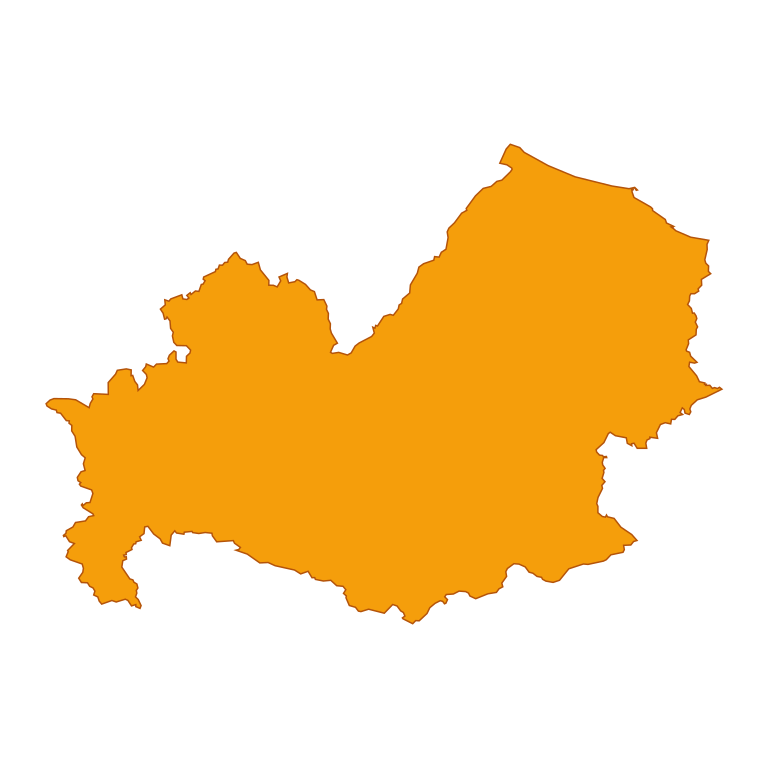 outline of Molise, Campobasso, Italy
{"feature_id": "23120603B60242334488993", "entity_name": "Molise", "entity_type": "district", "adm_level": 2, "iso_a3": "ITA", "parent_name": "Italy", "parent_adm1": "Campobasso", "projection": "robinson", "projection_center": [14.558, 41.717], "detail": "fine", "context": "isolated", "style": "filled", "palette": "amber", "viewbox_px": 768, "rotation_deg": 0, "n_neighbors": 0, "source": "geoboundaries", "source_scale": "gbopen_adm2", "svg_char_len": 6050}
<svg xmlns="http://www.w3.org/2000/svg" viewBox="0 0 768 768"><path d="M66.1,556.8L70.2,559.8L82.2,564.0L83.4,568.3L82.8,572.3L78.7,578.2L81.4,582.5L87.5,582.8L89.7,586.3L93.0,587.9L94.9,591.1L93.7,595.0L97.8,596.9L99.2,601.1L101.7,604.1L111.9,600.5L116.2,602.0L125.3,599.2L127.9,600.4L131.5,605.9L135.8,604.6L135.8,606.6L140.0,608.4L141.1,605.6L138.2,599.5L135.5,596.9L136.8,593.2L136.3,590.4L137.9,588.0L136.9,584.0L133.9,582.2L132.9,579.9L129.8,578.9L121.8,567.1L122.8,560.7L126.5,559.1L126.3,556.8L124.4,556.9L123.6,555.1L126.3,554.6L126.0,552.5L132.0,549.5L131.5,547.7L133.7,544.0L135.7,543.7L136.1,541.8L141.2,540.3L139.6,536.8L144.0,533.6L144.7,526.9L147.9,526.3L153.7,534.0L160.1,538.8L162.5,543.1L169.8,545.7L171.2,535.1L174.8,530.8L176.5,533.0L183.9,534.2L184.3,532.2L192.0,531.4L192.7,532.6L198.8,533.5L205.2,532.5L211.9,533.2L212.4,535.8L216.7,541.8L233.3,540.6L234.5,543.2L240.4,547.4L238.8,549.5L236.0,550.2L247.3,554.1L259.8,562.9L268.1,562.5L275.1,565.7L294.5,570.0L300.7,573.9L308.1,571.3L312.0,577.7L314.7,577.6L315.4,579.4L323.4,581.0L330.8,580.3L336.7,585.7L343.0,586.3L345.8,589.7L343.5,593.4L346.3,595.9L346.0,597.8L349.3,605.5L355.5,607.3L358.4,611.1L360.9,611.6L368.6,609.2L384.3,613.2L392.7,604.5L397.1,606.0L400.7,610.9L403.4,612.5L404.9,616.1L402.4,617.9L403.0,618.8L412.7,623.7L415.7,620.6L419.2,620.8L427.0,613.5L429.8,607.7L435.1,603.3L440.2,600.7L442.7,601.4L444.5,603.8L445.9,603.2L447.5,599.6L444.7,596.8L446.3,594.5L453.4,594.0L459.1,591.1L465.7,591.6L468.5,593.1L469.9,596.0L475.7,598.7L487.9,593.8L496.4,592.4L499.0,588.8L502.8,586.8L501.8,583.1L506.6,576.4L505.8,571.7L507.4,568.5L513.9,563.7L519.0,564.1L525.2,566.9L529.1,572.2L532.9,573.2L537.0,576.4L541.5,577.3L542.6,579.3L545.9,581.1L553.1,582.4L559.5,580.3L568.8,568.8L583.4,564.0L588.0,564.4L603.4,561.1L606.3,559.7L610.9,554.8L623.0,552.3L624.3,549.7L623.6,545.3L630.8,545.0L633.6,541.5L637.0,540.5L631.7,534.5L620.9,527.2L614.1,518.4L607.5,516.8L606.5,515.0L605.4,517.1L602.3,516.5L597.9,512.7L597.9,506.3L596.7,503.7L598.0,497.5L602.5,488.4L601.8,485.4L605.0,481.7L602.1,478.4L603.9,472.5L603.5,470.3L605.1,468.4L602.7,464.9L602.3,462.3L603.7,457.6L606.7,457.6L606.4,456.5L603.3,456.8L602.6,455.5L599.5,455.1L596.7,452.1L596.1,449.7L603.9,442.6L608.3,433.6L610.2,432.2L615.4,435.7L626.3,437.8L627.3,443.3L631.8,445.7L631.5,443.7L634.0,443.2L637.2,448.3L646.7,448.3L645.8,443.1L647.0,440.0L649.9,438.6L649.8,437.2L657.6,438.3L656.4,432.7L660.4,424.5L665.2,422.7L670.7,423.9L671.5,419.3L674.8,419.4L677.9,415.8L682.6,414.5L680.1,412.5L682.3,407.9L684.3,409.5L685.0,413.1L689.3,414.5L690.8,411.8L689.8,409.0L691.3,405.3L697.3,399.8L705.9,397.1L721.9,389.2L719.5,387.3L717.5,388.5L714.5,387.6L712.4,388.4L709.8,385.3L705.8,385.4L706.2,384.3L704.6,384.3L704.9,383.0L699.4,381.7L696.6,375.8L688.9,366.5L689.6,362.2L694.6,363.1L697.0,362.3L690.7,356.2L689.6,352.3L686.6,351.1L686.1,349.8L688.6,343.7L688.3,339.9L696.0,334.9L696.3,329.2L697.6,326.9L695.3,322.1L696.8,318.6L696.0,315.8L694.2,313.0L692.5,313.2L691.3,308.4L687.6,304.5L689.4,300.9L689.7,295.9L690.9,293.7L694.6,293.7L698.7,291.1L698.1,288.9L701.7,285.2L701.4,279.4L710.7,273.7L708.4,271.4L708.6,266.0L705.8,263.2L704.8,259.8L707.2,249.5L707.0,244.4L708.8,240.3L690.7,237.2L675.9,230.8L672.9,228.1L673.6,227.3L672.5,228.0L671.0,226.9L673.5,226.3L666.5,223.0L665.3,219.5L652.6,210.6L652.5,208.7L650.7,207.0L634.0,197.5L632.0,191.8L632.2,189.9L633.9,189.6L631.6,189.7L631.6,188.3L634.7,187.9L636.3,190.3L637.4,190.0L634.7,187.4L629.0,188.7L611.9,186.0L575.0,176.8L548.1,165.6L524.2,152.4L519.8,147.6L510.3,144.3L506.2,149.0L499.8,163.2L506.9,164.8L511.7,168.0L512.1,169.3L510.5,171.7L501.8,180.2L496.8,181.4L491.2,186.4L483.2,188.4L475.5,195.8L466.2,208.5L466.8,210.3L461.6,213.2L454.5,222.8L448.9,228.1L447.2,231.9L448.1,237.6L446.0,249.2L441.3,252.3L439.1,257.1L434.6,256.6L433.8,260.2L423.6,263.7L418.9,267.1L417.3,273.2L410.4,284.9L409.7,293.0L402.6,299.0L401.6,303.4L399.1,305.0L398.3,308.9L393.3,315.3L390.1,314.4L383.8,316.4L377.5,326.0L375.7,325.4L374.9,328.2L372.8,327.2L374.3,333.1L371.6,336.5L359.1,343.0L355.1,346.1L351.2,352.9L347.5,355.0L338.7,352.4L332.3,353.4L330.5,352.3L333.6,345.3L337.4,343.2L331.4,333.1L330.2,328.9L330.4,323.7L328.2,319.1L328.4,313.4L326.5,309.4L326.9,306.1L323.8,299.6L317.1,299.9L314.4,291.6L310.4,289.9L305.5,284.4L298.9,280.3L296.9,279.7L294.9,281.7L288.7,282.9L286.9,277.0L287.4,273.4L279.0,277.0L280.7,280.9L277.2,286.9L273.4,285.3L268.8,285.2L268.9,280.4L260.4,269.9L258.3,262.3L252.0,264.6L247.2,264.2L245.3,260.6L240.3,258.4L236.3,252.4L234.0,253.1L228.5,259.3L227.7,262.2L224.7,262.5L222.5,265.2L219.4,265.1L218.1,268.9L215.9,269.3L215.4,271.6L203.7,277.0L203.2,279.2L205.1,280.7L203.1,284.1L201.3,284.5L198.9,291.4L195.4,291.0L191.0,294.5L190.2,292.7L186.8,295.4L188.9,298.0L186.9,299.5L182.9,298.9L181.8,294.8L170.8,298.9L168.9,301.2L164.8,299.8L165.3,304.9L160.4,309.1L163.1,313.2L164.6,319.2L166.0,318.9L167.0,317.0L170.0,320.9L170.6,328.4L173.3,332.3L172.4,335.9L173.8,342.3L176.8,345.5L186.4,345.7L190.6,350.1L190.0,353.0L186.5,356.3L186.3,362.9L177.8,362.1L176.0,359.2L176.0,352.0L174.0,350.9L169.4,355.2L168.0,358.7L169.0,361.1L166.7,363.6L156.5,364.1L153.6,367.1L146.3,364.0L145.7,366.7L142.6,370.5L146.4,374.5L147.1,377.8L144.4,384.4L138.1,390.5L137.5,384.9L134.8,381.4L132.7,375.4L131.1,375.7L131.2,369.9L126.3,368.9L117.3,370.3L115.6,374.1L108.2,382.6L108.3,394.4L93.7,393.7L92.0,396.8L92.9,399.0L90.3,403.3L89.1,407.7L75.7,399.8L68.4,398.8L53.9,398.6L50.0,400.1L46.1,403.7L47.0,406.0L51.5,408.9L56.3,410.1L57.0,412.6L60.6,413.2L66.3,420.6L69.3,420.9L69.0,423.2L71.8,425.4L71.7,430.9L75.1,436.3L76.8,447.0L81.5,454.7L85.2,457.8L83.4,463.8L85.1,470.5L81.0,471.8L77.3,477.4L78.0,480.7L80.8,482.6L79.4,484.2L80.8,486.1L91.6,489.9L92.9,493.5L90.0,502.5L86.3,502.8L83.0,505.6L82.3,503.9L81.4,505.0L83.2,507.8L92.9,513.8L93.7,515.6L88.6,516.7L85.5,520.9L75.5,522.5L72.9,527.0L66.3,530.7L65.9,533.4L63.4,535.4L63.8,536.6L65.8,535.8L69.5,541.7L74.4,543.5L67.6,550.5L68.2,551.7L66.1,556.8Z" fill="#f59e0b" stroke="#b45309" stroke-width="1.5"/></svg>